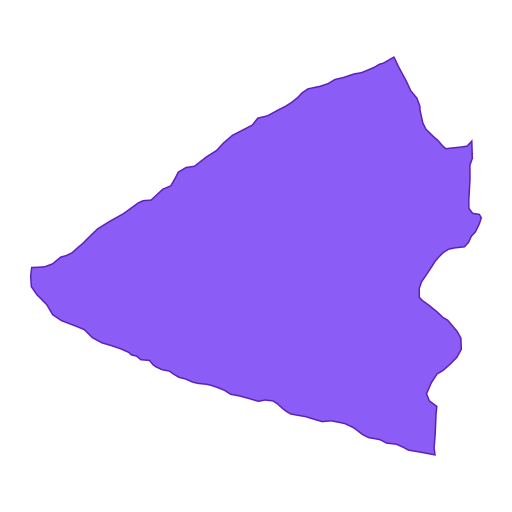 outline of Quba District, Quba, Azerbaijan
{"feature_id": "54616110B77048085748362", "entity_name": "Quba District", "entity_type": "district", "adm_level": 2, "iso_a3": "AZE", "parent_name": "Azerbaijan", "parent_adm1": "Quba", "projection": "equal_earth", "projection_center": [48.485, 41.2], "detail": "fine", "context": "isolated", "style": "filled", "palette": "violet", "viewbox_px": 512, "rotation_deg": 0, "n_neighbors": 0, "source": "geoboundaries", "source_scale": "gbopen_adm2", "svg_char_len": 2167}
<svg xmlns="http://www.w3.org/2000/svg" viewBox="0 0 512 512"><path d="M393.9,57.1L383.3,63.2L379.3,64.3L374.7,67.1L361.5,72.7L354.2,73.9L343.2,77.6L335.0,79.5L328.1,83.6L320.2,86.3L308.1,88.8L301.9,93.0L298.2,97.1L291.8,102.3L285.5,106.3L279.3,109.4L272.1,113.3L267.3,115.9L257.8,118.1L252.3,125.1L232.5,135.3L223.4,143.1L216.6,150.5L206.7,156.7L194.4,166.3L186.1,167.5L178.3,172.1L175.1,178.4L170.8,185.8L162.7,189.3L151.1,200.1L143.1,200.7L138.1,203.0L123.4,213.7L110.3,221.0L97.8,228.7L86.2,239.9L82.8,243.5L78.6,246.9L71.9,252.9L66.2,255.6L60.7,257.1L52.7,263.8L44.6,266.8L37.5,267.3L31.7,267.5L30.7,275.8L31.3,286.6L36.9,294.7L46.7,304.6L52.7,314.7L61.6,320.7L74.7,325.7L84.3,329.6L92.4,337.7L97.2,340.3L102.1,342.9L111.0,345.5L119.9,348.5L128.8,352.4L131.4,354.9L136.5,356.1L140.9,359.7L149.4,360.4L153.4,365.1L156.3,367.0L161.8,369.6L169.4,371.1L173.1,373.8L178.9,377.3L185.7,379.0L192.1,381.9L197.9,383.4L206.1,384.2L211.1,385.3L217.5,387.5L224.0,390.1L230.8,394.3L238.8,395.8L247.9,398.2L258.4,401.3L265.1,400.0L272.8,400.9L277.2,403.6L282.9,408.7L286.6,411.6L290.7,413.9L291.2,414.1L298.6,415.4L305.5,416.6L314.3,419.3L322.1,421.6L331.2,420.8L339.3,422.4L345.0,423.6L354.1,428.0L360.7,433.1L362.5,434.5L368.6,437.6L376.1,438.9L380.1,439.7L386.7,443.1L396.3,444.2L403.3,447.3L408.4,450.1L421.8,452.4L435.0,454.9L434.1,448.1L435.2,433.8L436.0,414.6L436.8,406.4L429.4,400.9L426.5,393.8L431.4,382.6L437.1,373.9L443.1,370.4L450.0,364.3L456.8,357.4L461.3,349.3L460.9,338.2L457.0,331.2L452.2,325.6L447.7,320.2L443.0,317.5L437.1,311.9L428.6,305.0L422.7,300.8L419.3,297.3L419.2,288.6L421.6,281.7L426.2,275.0L431.7,266.7L435.2,261.2L438.7,257.1L443.3,252.5L448.6,249.2L454.7,247.9L464.4,246.8L468.5,242.4L471.4,236.1L475.4,231.9L479.3,223.9L481.3,217.8L479.3,214.4L472.5,213.3L468.9,208.3L468.8,200.6L469.3,191.5L470.0,179.1L469.9,165.2L472.4,158.1L472.1,154.3L472.3,153.8L472.2,153.8L471.8,141.1L467.1,146.1L460.7,147.1L452.0,148.0L445.8,148.7L442.3,145.6L437.8,140.3L434.3,137.4L425.9,129.2L422.8,122.9L420.1,110.7L419.8,105.9L416.9,98.2L410.7,90.7L406.1,80.7L402.0,73.2L398.6,66.9L394.7,58.6L393.9,57.1Z" fill="#8b5cf6" stroke="#5b21b6" stroke-width="1.5"/></svg>